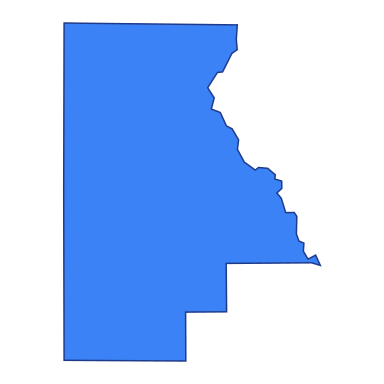 Highlands, Florida, United States of America
{"feature_id": "52423323B72534166962454", "entity_name": "Highlands", "entity_type": "district", "adm_level": 2, "iso_a3": "USA", "parent_name": "United States of America", "parent_adm1": "Florida", "projection": "equal_earth", "projection_center": [-81.156, 27.34], "detail": "fine", "context": "isolated", "style": "filled", "palette": "blue", "viewbox_px": 384, "rotation_deg": 0, "n_neighbors": 0, "source": "geoboundaries", "source_scale": "gbopen_adm2", "svg_char_len": 656}
<svg xmlns="http://www.w3.org/2000/svg" viewBox="0 0 384 384"><path d="M64.1,360.2L64.1,360.3L185.8,361.0L185.6,312.1L226.6,311.8L226.2,263.4L311.6,262.8L320.3,265.4L315.6,255.1L308.0,259.1L303.4,251.3L303.9,243.1L298.9,241.0L296.4,234.0L296.8,216.3L294.2,212.5L285.7,212.6L281.3,198.3L276.9,193.0L281.8,188.4L281.7,181.1L274.8,179.0L275.3,174.8L267.7,168.3L258.5,167.5L255.3,170.1L244.3,162.1L237.4,149.4L238.6,139.9L232.2,128.9L226.4,125.9L220.3,112.5L211.3,109.0L214.2,97.9L207.7,87.7L217.4,72.5L222.6,71.9L231.9,53.4L237.2,49.7L236.3,39.3L237.3,24.9L77.9,23.2L64.1,23.0L63.7,191.3L64.1,360.2Z" fill="#3b82f6" stroke="#1e3a8a" stroke-width="1.5"/></svg>